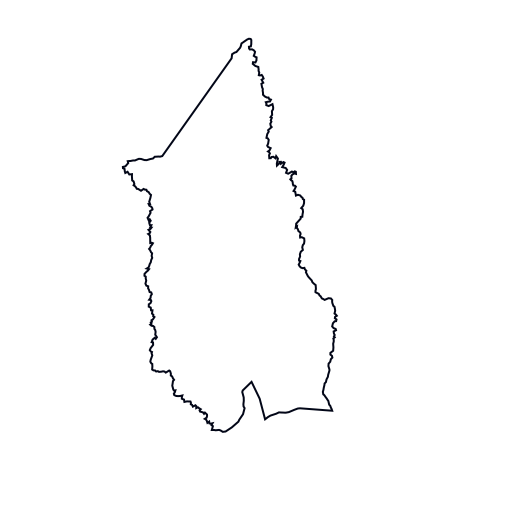 outline of Aporé, Goiás, Brazil, rotated 221°
{"feature_id": "56859067B20436307532870", "entity_name": "Aporé", "entity_type": "district", "adm_level": 2, "iso_a3": "BRA", "parent_name": "Brazil", "parent_adm1": "Goiás", "projection": "equal_earth", "projection_center": [-52.039, -18.806], "detail": "fine", "context": "isolated", "style": "outline", "palette": "ink", "viewbox_px": 512, "rotation_deg": 221, "n_neighbors": 0, "source": "geoboundaries", "source_scale": "gbopen_adm2", "svg_char_len": 6147}
<svg xmlns="http://www.w3.org/2000/svg" viewBox="0 0 512 512"><g transform="rotate(221 256 256)"><path d="M403.9,415.3L404.7,413.6L406.4,406.9L405.0,404.1L404.6,402.6L404.6,397.1L405.6,395.4L406.4,392.6L404.1,389.2L392.3,269.9L393.6,268.0L394.6,267.3L397.5,264.5L397.7,262.0L399.4,259.8L401.4,256.6L403.2,255.2L406.5,253.8L408.2,252.4L409.2,250.4L410.0,248.7L411.5,247.4L413.1,245.3L414.0,244.5L415.0,243.4L413.4,242.3L413.4,240.6L413.4,238.0L414.9,235.9L414.0,235.0L412.4,235.5L410.4,233.7L409.1,232.9L408.2,235.3L405.1,234.4L403.3,236.4L401.9,234.7L399.0,231.8L397.3,232.0L395.0,230.5L394.8,229.1L393.0,229.3L391.3,229.0L390.1,228.5L388.9,229.3L385.6,229.8L384.8,232.9L383.6,233.1L382.2,234.1L380.8,233.4L378.9,233.8L377.1,233.2L375.3,233.2L373.8,230.5L372.2,226.9L370.1,225.7L371.1,224.8L369.4,224.0L367.3,224.5L365.6,224.0L364.6,223.2L365.4,220.3L363.9,219.4L363.4,217.1L363.0,215.4L362.9,213.7L360.4,212.5L360.3,214.0L358.6,213.5L358.4,211.0L356.3,209.7L355.2,210.6L354.6,208.2L353.5,208.9L353.4,207.2L354.3,205.2L351.5,204.8L351.2,203.4L351.8,201.9L349.6,201.9L347.9,200.4L344.3,196.4L343.4,197.6L342.2,198.0L341.9,196.4L341.9,194.5L341.3,192.7L341.3,191.2L339.7,190.9L337.7,190.0L336.2,189.9L334.8,187.6L333.1,186.5L332.5,184.3L331.3,182.2L330.9,180.1L330.2,178.7L329.6,176.9L330.2,174.9L328.1,175.9L328.0,174.0L328.3,172.2L328.4,169.4L327.2,167.9L325.7,168.1L324.5,166.7L322.7,165.4L321.3,162.6L319.3,161.7L317.5,162.4L316.2,160.8L314.7,160.3L312.6,159.0L311.2,159.8L309.6,158.9L309.3,156.9L308.1,155.2L307.9,152.9L306.5,153.8L305.4,153.3L304.7,151.3L305.2,149.2L303.7,147.4L301.6,148.0L299.6,146.2L298.5,147.1L296.7,144.3L294.9,144.3L294.1,143.1L292.6,143.3L292.2,140.5L292.7,138.9L291.4,138.1L291.8,136.8L290.4,136.2L290.8,134.8L289.1,134.8L287.7,135.7L286.1,135.7L284.8,134.3L283.5,134.0L282.0,132.9L280.4,130.5L277.5,129.7L277.3,127.7L278.8,127.8L279.2,125.1L278.2,122.5L277.0,123.2L275.3,121.4L275.1,117.5L274.4,115.3L272.7,114.9L271.5,115.3L270.9,114.0L269.1,113.0L267.3,108.4L266.4,106.9L264.6,106.3L263.5,106.5L261.7,104.6L259.9,102.2L258.4,102.4L257.0,103.4L255.6,103.3L254.5,104.7L253.2,104.9L251.7,106.4L250.5,108.0L249.2,108.8L247.6,108.8L246.4,112.6L245.2,112.7L243.1,111.4L241.9,109.9L240.3,110.1L238.4,109.2L236.6,108.8L236.6,107.1L235.6,105.6L234.1,103.2L230.7,100.9L229.5,100.7L228.7,101.7L227.9,100.0L227.6,98.1L226.4,97.4L224.4,98.0L222.8,99.2L221.4,100.6L220.1,102.4L219.5,101.0L218.3,99.6L216.1,100.4L214.3,98.9L212.8,100.9L210.0,103.2L208.9,102.6L207.9,101.3L206.5,101.7L204.8,100.9L203.8,103.6L202.6,103.5L201.3,102.0L200.6,103.7L198.9,103.8L197.2,104.1L197.3,102.5L196.1,101.9L194.7,102.6L193.4,103.2L191.7,102.8L191.8,104.3L189.0,104.2L188.0,103.2L187.2,101.6L187.8,99.5L186.5,99.8L185.1,99.4L183.2,98.2L182.7,100.3L181.3,99.1L180.1,99.8L179.1,101.2L178.7,99.2L176.9,99.3L175.2,95.7L173.5,97.2L172.1,98.0L169.8,100.5L168.3,101.1L165.7,101.5L163.8,103.6L161.8,110.8L160.6,119.4L161.2,121.4L162.0,128.1L164.8,133.7L166.7,134.3L168.3,135.9L170.2,138.7L172.5,141.2L177.1,144.3L177.8,145.8L176.8,158.1L159.6,150.7L142.0,138.7L141.3,142.3L140.4,145.0L137.3,150.2L136.1,153.0L130.8,157.2L128.8,159.7L126.2,165.0L124.4,168.3L122.9,169.9L97.0,189.2L98.7,190.2L100.0,190.7L101.8,191.7L103.2,191.8L106.4,194.1L107.8,194.4L109.0,194.8L110.9,195.2L113.2,195.8L114.4,195.7L116.4,197.3L117.3,199.2L118.4,201.0L119.7,203.5L120.6,204.8L120.5,206.7L121.8,209.1L122.5,212.0L123.6,213.7L125.4,217.7L126.2,218.6L129.1,220.4L130.6,222.4L130.6,224.9L131.8,227.2L131.7,229.4L133.2,230.5L135.2,230.4L136.3,231.7L135.6,235.1L137.6,237.8L140.2,240.4L141.2,242.4L142.3,243.7L143.5,244.5L143.2,246.3L144.4,246.4L144.8,248.0L146.3,248.6L147.9,250.0L146.9,252.5L148.0,253.2L150.2,252.5L152.3,252.8L153.8,255.7L153.8,258.3L152.8,259.4L153.6,260.9L155.7,260.8L156.4,262.0L155.8,263.9L157.4,264.2L159.0,264.1L160.3,266.6L161.9,268.0L163.5,269.2L164.9,269.1L167.7,270.7L168.7,271.6L169.6,272.8L171.6,273.1L173.6,271.7L175.4,267.9L176.8,267.7L178.5,267.2L180.8,268.0L182.2,267.9L183.8,268.6L187.3,267.7L188.2,268.6L189.1,270.4L191.9,273.2L194.1,273.1L196.2,273.2L197.9,274.1L202.4,274.6L203.8,274.9L207.7,276.5L208.3,277.9L210.3,278.0L211.7,278.8L212.7,277.5L214.2,276.8L216.1,276.8L218.1,277.5L218.6,279.5L219.2,281.3L220.5,280.8L221.5,281.9L222.4,284.6L224.0,286.1L225.0,288.6L224.6,291.3L226.8,292.9L227.8,294.9L227.9,296.9L229.3,299.1L231.2,300.9L233.8,300.2L234.8,298.9L236.2,300.3L236.8,301.9L237.8,302.6L238.9,302.8L240.2,302.6L242.2,303.8L243.6,303.9L244.4,305.1L244.7,303.6L245.9,305.5L246.9,306.8L246.8,313.5L247.9,314.9L246.8,316.0L248.3,318.1L249.5,320.2L251.4,321.9L253.3,321.8L253.3,324.9L254.4,327.4L256.6,330.0L258.0,329.7L259.2,330.5L260.4,330.3L262.3,330.7L264.5,329.7L265.5,327.8L268.5,330.2L270.3,329.7L270.5,331.3L271.4,334.5L272.7,334.6L274.1,333.7L275.4,334.5L276.7,335.7L277.8,336.4L279.2,336.2L280.4,336.4L280.1,337.8L281.9,339.7L282.0,341.4L281.2,343.5L279.7,344.2L281.2,345.7L282.3,345.3L282.5,343.8L284.3,343.3L285.7,339.2L287.9,338.5L289.0,341.4L291.3,341.9L294.5,340.3L295.1,343.5L295.7,345.2L296.9,344.9L297.7,342.1L299.0,343.4L300.0,342.4L299.2,341.1L299.5,338.0L300.9,339.4L303.4,343.9L306.3,344.6L305.4,342.5L308.0,342.3L309.2,340.9L309.0,339.5L310.1,338.5L312.3,340.7L312.8,342.5L314.3,343.0L315.5,342.8L315.1,344.6L315.7,347.0L318.4,346.2L319.9,346.6L320.6,348.8L322.6,352.0L324.3,352.5L325.6,352.0L327.5,355.4L328.0,358.2L329.4,358.9L328.8,363.6L330.2,363.8L332.0,365.2L332.5,367.5L333.8,368.0L334.7,370.6L336.1,370.3L336.4,373.1L339.0,375.7L339.4,378.0L340.6,379.5L343.2,381.4L344.8,377.5L347.2,376.6L348.2,377.9L349.5,378.5L347.9,380.7L346.8,381.8L347.3,383.8L349.0,383.1L350.5,383.8L351.6,382.8L353.8,382.2L356.5,382.3L357.6,383.6L359.5,385.2L360.4,386.5L362.1,387.3L364.9,389.5L364.2,391.5L367.4,392.7L366.7,394.9L368.6,395.9L370.5,396.4L371.4,394.9L372.5,394.3L373.9,396.6L375.5,397.4L376.5,398.6L378.3,400.2L381.1,399.0L384.5,398.9L385.4,400.3L383.4,401.7L384.0,403.9L385.9,406.3L387.4,405.8L389.0,405.6L389.9,408.0L390.7,409.5L392.6,409.8L394.5,409.4L396.2,407.8L397.4,408.1L398.6,409.3L397.4,410.8L398.5,412.7L401.2,415.9L402.4,416.3L403.9,415.3Z" fill="none" stroke="#020617" stroke-width="2"/></g></svg>